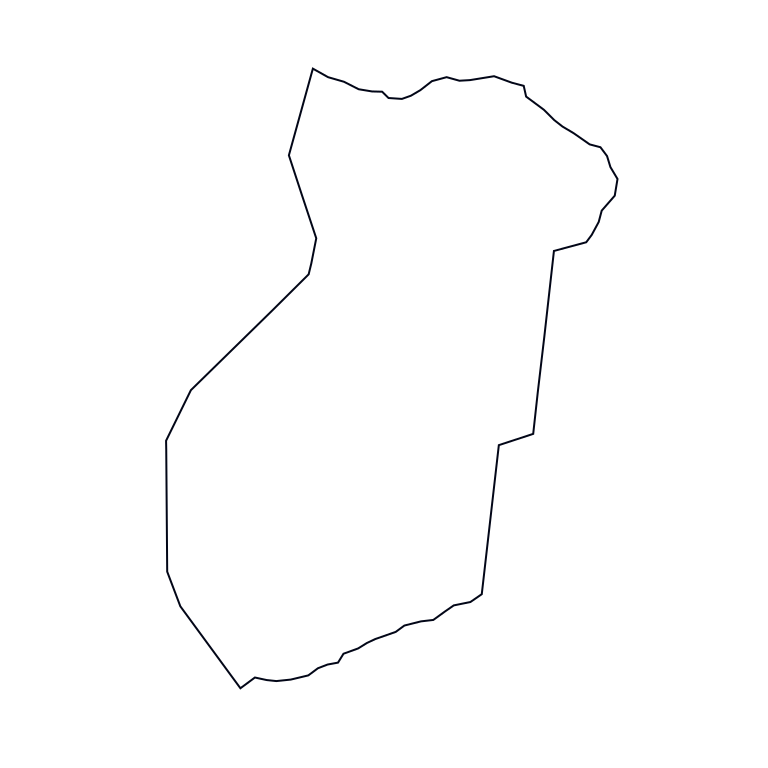 outline of Diamante do Norte, Paraná, Brazil, rotated 276°
{"feature_id": "56859067B42644323100321", "entity_name": "Diamante do Norte", "entity_type": "district", "adm_level": 2, "iso_a3": "BRA", "parent_name": "Brazil", "parent_adm1": "Paraná", "projection": "orthographic", "projection_center": [-52.879, -22.637], "detail": "fine", "context": "isolated", "style": "outline", "palette": "ink", "viewbox_px": 768, "rotation_deg": 276, "n_neighbors": 0, "source": "geoboundaries", "source_scale": "gbopen_adm2", "svg_char_len": 997}
<svg xmlns="http://www.w3.org/2000/svg" viewBox="0 0 768 768"><g transform="rotate(276 384 384)"><path d="M66.4,273.0L78.6,286.3L77.3,298.3L77.3,308.0L80.3,322.2L86.3,339.2L94.4,348.0L99.1,357.2L102.1,367.4L111.5,371.9L118.3,385.9L124.6,394.0L129.4,401.9L138.7,421.6L145.9,429.5L151.8,445.6L154.5,457.7L164.3,468.6L171.1,476.5L176.2,492.7L185.2,503.2L335.2,504.6L350.0,537.6L392.5,537.8L447.9,538.5L534.1,539.1L546.1,570.3L554.0,575.0L567.6,580.6L579.2,582.4L595.4,593.8L612.3,594.8L623.4,586.5L634.0,582.0L642.1,574.5L643.8,563.5L653.2,546.5L658.7,534.6L664.2,525.8L673.4,514.4L684.7,495.3L695.1,491.8L697.0,479.7L701.6,461.3L695.2,437.7L693.5,427.3L695.7,414.2L690.2,400.0L680.0,389.4L673.5,380.6L669.4,372.0L668.9,358.6L674.5,351.6L673.7,341.5L674.5,328.0L680.4,312.6L683.3,296.3L690.2,280.3L601.5,265.5L564.7,282.0L521.8,301.4L496.3,299.1L485.2,297.6L445.2,265.0L357.7,192.6L304.8,173.2L295.9,174.3L174.7,188.0L141.6,204.7L66.4,273.0Z" fill="none" stroke="#020617" stroke-width="2"/></g></svg>